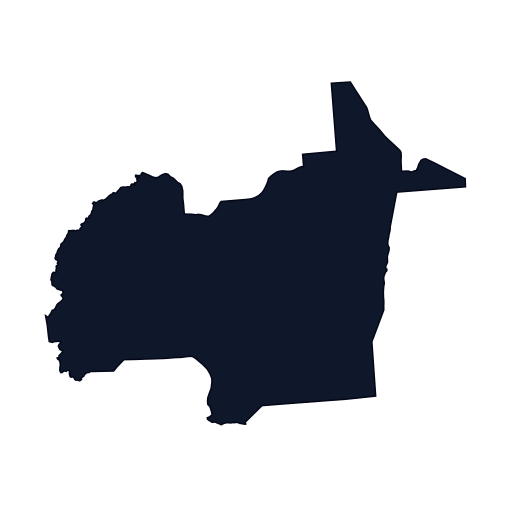 Ou Chrov, Bântéay Méanchey, Cambodia, rotated 86°
{"feature_id": "14789045B98105174754814", "entity_name": "Ou Chrov", "entity_type": "district", "adm_level": 2, "iso_a3": "KHM", "parent_name": "Cambodia", "parent_adm1": "Bântéay Méanchey", "projection": "albers", "projection_center": [102.796, 13.654], "detail": "fine", "context": "isolated", "style": "filled", "palette": "ink", "viewbox_px": 512, "rotation_deg": 86, "n_neighbors": 0, "source": "geoboundaries", "source_scale": "gbopen_adm2", "svg_char_len": 6148}
<svg xmlns="http://www.w3.org/2000/svg" viewBox="0 0 512 512"><g transform="rotate(86 256 256)"><path d="M366.7,438.6L365.9,439.0L365.4,438.5L364.5,437.4L363.9,436.2L362.8,435.7L362.2,435.2L361.5,434.1L360.7,433.2L360.5,430.3L359.7,429.6L360.8,406.0L356.6,402.1L350.2,395.0L350.7,384.9L350.9,379.4L351.1,372.9L351.4,366.9L351.5,362.8L351.8,354.7L351.8,350.1L351.7,344.5L351.9,337.7L351.5,330.7L351.7,326.6L353.9,323.5L356.9,320.4L360.9,316.3L365.5,312.5L370.3,310.1L375.0,308.6L378.9,308.8L385.0,310.0L389.1,311.9L393.8,313.9L397.5,314.5L400.8,314.4L403.0,312.5L405.6,311.8L409.4,311.0L411.3,310.9L413.2,313.5L414.0,315.9L415.4,315.8L416.3,314.8L417.1,314.0L417.4,313.1L418.6,311.9L418.8,311.2L418.9,309.7L418.6,308.7L419.4,307.1L420.0,306.3L420.6,304.8L421.1,303.7L421.9,302.7L421.7,301.8L421.1,300.7L420.5,298.7L420.3,296.5L420.4,295.0L420.8,293.0L420.6,291.2L420.4,290.3L420.9,289.5L420.7,288.4L420.5,287.2L420.8,286.2L421.2,285.2L421.3,284.4L421.9,283.8L422.0,282.7L422.6,280.9L422.9,279.2L423.1,278.1L422.3,278.0L421.6,278.5L421.0,278.3L405.7,260.5L405.5,242.2L405.1,174.8L404.1,146.4L349.6,146.4L318.8,132.3L314.0,132.0L312.4,131.8L309.3,131.6L306.4,131.7L301.7,131.5L299.4,131.3L294.7,130.6L293.0,130.1L291.1,129.9L288.9,130.2L286.1,130.1L283.9,129.3L282.4,128.5L281.0,127.9L280.2,126.8L278.5,126.3L277.8,126.9L276.7,127.5L274.8,127.1L273.4,126.3L271.4,125.2L268.2,125.1L265.4,125.0L259.6,122.9L256.9,122.6L254.4,123.6L252.3,123.7L249.3,123.2L246.7,122.4L244.2,121.9L241.7,121.1L239.3,120.4L237.1,120.2L236.3,120.1L202.1,111.1L201.6,42.2L193.4,41.9L184.8,56.2L183.0,59.3L175.9,71.0L170.8,80.0L171.1,82.8L172.1,84.7L176.1,87.4L178.7,88.3L179.9,88.9L180.8,89.6L181.7,89.8L182.2,90.6L182.0,91.5L182.3,92.7L183.0,94.0L182.9,95.7L181.9,98.0L181.7,100.8L181.7,104.9L173.8,104.8L170.1,104.6L167.1,104.2L163.3,104.1L161.4,104.6L158.7,106.9L155.6,109.8L148.9,116.1L145.4,119.2L140.6,122.6L136.3,125.9L133.1,128.6L128.3,132.2L124.8,133.2L117.9,134.6L115.5,135.3L98.4,144.7L89.0,149.8L88.9,168.8L157.1,168.3L157.8,202.4L170.3,202.3L170.0,204.2L170.7,206.8L171.8,209.4L173.2,212.3L173.8,215.5L173.7,218.5L173.3,220.9L172.9,224.1L173.1,226.5L173.6,229.0L174.5,230.9L175.7,233.0L176.6,234.3L177.5,235.7L179.6,238.1L181.6,238.7L185.0,240.2L188.2,242.0L191.4,244.0L193.7,246.2L195.8,248.9L196.8,251.0L197.7,253.1L198.3,255.2L198.7,257.6L198.8,259.9L198.9,262.1L199.2,287.0L200.6,288.3L204.2,290.3L206.5,292.1L207.7,293.5L209.2,294.8L210.3,296.1L211.4,297.5L212.4,299.0L213.1,300.4L213.0,301.5L212.5,303.8L211.5,306.4L210.9,308.4L210.4,311.0L210.7,312.9L209.9,317.0L209.6,319.4L209.2,324.6L208.5,324.6L198.8,324.7L193.3,325.0L186.2,324.5L181.5,325.1L178.7,326.6L177.1,329.1L174.4,331.4L172.5,333.2L171.1,335.7L168.2,338.2L167.5,340.6L168.3,343.8L169.6,346.3L170.8,348.4L170.8,351.3L169.8,353.9L168.1,356.8L166.7,359.6L165.7,361.5L164.8,363.4L165.7,364.6L166.7,364.7L167.2,365.1L167.6,366.6L167.6,367.2L167.6,368.1L167.3,369.1L166.9,370.2L167.7,370.7L168.9,370.4L169.2,369.7L169.5,368.9L169.1,368.1L170.2,367.6L170.4,369.0L171.0,369.7L172.1,369.3L173.1,369.2L174.0,369.8L174.5,370.4L174.7,371.1L174.3,371.7L174.8,372.1L175.6,372.0L176.6,372.2L176.3,372.9L175.6,373.4L175.6,375.0L176.6,375.9L177.7,376.2L178.2,377.1L178.2,378.0L178.0,378.9L178.0,379.6L178.3,380.8L178.1,382.0L177.9,383.7L178.1,384.7L178.2,386.0L180.2,387.9L181.4,388.9L181.6,389.6L182.3,390.0L183.0,390.5L183.4,391.0L183.5,391.7L183.3,392.6L182.9,393.4L183.0,394.2L183.6,394.5L184.2,395.1L184.4,396.2L185.3,397.6L185.7,398.5L186.3,398.8L186.7,399.5L187.5,400.2L187.9,401.0L188.8,402.0L189.6,404.0L190.1,404.9L189.4,405.2L189.4,406.5L189.7,407.3L190.1,408.1L190.1,409.1L190.8,410.0L191.6,410.9L191.5,412.4L191.2,413.0L190.8,413.7L190.9,414.4L191.6,414.8L192.3,415.4L192.7,414.8L193.4,414.5L194.1,414.4L195.6,414.8L197.3,415.3L198.9,415.5L199.9,416.7L201.1,417.0L203.0,417.8L203.8,418.3L204.0,419.3L204.7,419.6L205.5,420.3L206.6,420.2L206.7,421.0L206.4,422.5L207.1,423.3L208.3,423.3L209.9,424.1L211.1,425.4L212.0,428.0L212.7,428.5L213.4,428.2L214.2,427.6L214.8,427.7L215.3,428.3L216.3,429.6L217.7,429.9L218.1,430.6L217.8,432.3L217.9,433.2L218.5,434.1L218.1,435.1L217.7,435.9L217.7,437.0L217.8,438.2L217.8,439.8L217.7,441.0L218.4,441.3L219.4,441.3L220.6,442.1L221.4,442.5L222.2,443.3L223.8,443.6L224.8,444.7L225.8,445.4L226.9,446.1L227.6,446.1L228.0,446.9L229.0,447.4L229.5,448.1L230.0,449.2L230.8,449.8L231.7,450.1L232.6,450.0L233.7,450.6L234.3,451.3L234.8,452.1L236.1,453.0L238.4,454.1L239.8,454.5L240.3,455.2L241.2,455.7L243.1,456.0L243.8,456.6L245.2,456.3L245.9,455.5L246.1,454.9L246.7,454.2L248.1,453.7L248.5,454.3L249.2,454.7L250.2,453.7L251.0,454.4L251.5,455.0L251.8,455.7L252.6,456.1L253.7,455.9L254.5,456.1L255.4,456.1L256.2,456.6L257.0,456.6L258.5,456.7L258.7,457.8L258.2,458.5L258.1,459.3L259.0,460.2L260.0,460.9L260.7,460.9L261.6,461.2L263.7,461.9L264.7,461.7L265.5,462.3L266.0,461.6L266.9,461.4L267.9,461.5L269.0,461.4L269.9,461.5L270.8,461.3L271.3,460.8L272.0,459.3L272.5,458.9L272.9,458.1L274.9,456.8L275.4,455.9L275.8,454.7L276.4,453.2L276.4,452.3L277.6,451.2L278.5,451.1L280.0,451.2L281.2,453.2L282.2,453.0L282.7,452.2L283.9,451.7L285.3,451.4L286.4,452.3L287.4,453.5L288.4,454.9L289.2,456.2L290.0,457.3L291.2,458.3L292.4,458.9L293.9,459.8L295.2,460.7L295.7,461.9L296.1,463.2L298.1,464.2L299.5,465.2L300.7,466.3L301.9,467.0L302.6,467.8L300.8,470.1L309.8,469.1L314.5,468.9L322.4,468.6L327.0,468.2L327.3,467.1L327.7,466.1L328.0,464.8L327.3,463.8L327.4,462.8L327.4,461.3L327.3,459.7L327.5,458.4L327.6,457.3L328.5,456.7L329.5,457.6L330.6,458.7L332.1,459.5L333.5,459.0L335.4,458.3L336.4,456.9L337.1,455.6L338.3,455.8L339.2,456.8L340.3,457.8L341.0,458.8L341.8,459.5L343.4,459.5L343.9,461.5L345.1,461.0L346.0,459.6L347.7,459.1L348.8,458.8L349.8,458.9L351.4,458.8L353.0,459.3L354.8,459.5L356.2,459.7L358.0,459.3L358.8,458.7L358.7,457.4L357.6,456.2L357.3,455.2L357.6,454.2L357.9,453.5L356.9,452.1L357.1,450.9L358.3,449.9L359.7,450.3L361.0,450.4L361.6,449.8L362.2,450.1L363.4,449.8L364.0,448.8L363.9,447.8L363.9,447.0L364.1,446.4L365.3,445.9L366.6,445.3L367.3,444.3L367.3,442.9L368.2,440.8L367.9,439.9L367.5,439.3L366.7,438.6Z" fill="#0f172a" stroke="#020617" stroke-width="1.5"/></g></svg>